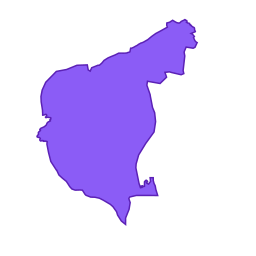 outline of Sakaba, Kebbi, Nigeria, rotated 75°
{"feature_id": "59680162B48034518845808", "entity_name": "Sakaba", "entity_type": "district", "adm_level": 2, "iso_a3": "NGA", "parent_name": "Nigeria", "parent_adm1": "Kebbi", "projection": "robinson", "projection_center": [5.532, 11.176], "detail": "fine", "context": "isolated", "style": "filled", "palette": "violet", "viewbox_px": 256, "rotation_deg": 75, "n_neighbors": 0, "source": "geoboundaries", "source_scale": "gbopen_adm2", "svg_char_len": 3426}
<svg xmlns="http://www.w3.org/2000/svg" viewBox="0 0 256 256"><g transform="rotate(75 128 128)"><path d="M35.5,57.0L36.6,60.5L36.6,63.3L38.7,64.0L40.8,63.9L42.9,72.3L43.9,76.7L45.7,81.5L47.8,86.1L49.1,91.0L49.3,92.7L49.3,93.9L49.6,94.7L49.9,96.2L50.5,97.5L50.9,99.4L51.5,101.7L51.8,103.5L51.8,104.2L51.6,104.8L54.9,106.4L55.1,107.2L55.0,108.3L55.2,109.5L55.1,110.5L54.9,111.5L54.4,113.6L54.1,114.5L53.3,117.7L54.1,121.6L54.6,125.6L55.1,129.1L56.5,133.6L58.6,136.6L60.0,139.5L59.6,140.7L60.4,147.5L63.3,149.8L61.6,151.4L56.5,151.0L54.2,161.1L55.6,172.2L55.1,178.6L54.8,182.6L57.5,187.1L58.9,189.5L62.5,195.6L69.2,201.1L74.4,203.6L75.0,203.9L80.3,205.1L85.3,205.6L88.8,206.0L90.5,206.4L91.7,206.6L93.4,207.1L93.5,207.1L93.7,205.9L93.5,204.7L93.5,203.9L93.8,203.4L94.4,203.2L95.0,203.3L95.3,203.9L96.0,204.5L96.2,204.9L96.6,204.8L96.8,204.3L96.8,203.6L96.8,203.2L96.8,202.7L97.2,202.0L97.4,201.6L97.5,201.4L97.8,200.8L97.8,200.5L98.0,200.1L98.4,199.9L99.1,200.2L99.7,200.5L99.8,200.9L100.0,201.4L100.5,201.2L101.0,201.1L101.2,201.6L101.4,203.1L101.7,204.0L102.3,204.9L104.0,206.2L105.1,208.5L105.6,211.4L105.6,211.9L105.7,212.2L106.0,212.8L106.4,213.1L106.5,213.5L106.9,213.6L107.2,213.4L107.4,213.1L107.8,213.3L108.0,213.8L108.4,214.4L108.7,215.2L109.1,215.7L109.6,215.9L110.3,216.0L110.8,216.0L111.3,216.5L111.6,217.2L111.9,217.6L112.4,217.7L112.7,218.1L113.0,218.1L113.7,217.4L113.8,217.3L114.0,216.8L114.0,216.6L114.1,216.2L114.4,216.0L114.8,215.7L115.4,215.4L115.9,215.8L116.3,216.1L116.7,216.3L117.1,216.2L117.6,216.0L117.8,215.8L118.0,215.6L117.9,215.1L118.0,214.8L117.8,214.5L117.8,214.4L117.8,214.2L118.1,213.9L118.3,213.4L118.4,212.9L118.7,212.9L118.9,213.1L119.1,212.8L119.2,212.2L119.1,211.7L119.3,211.1L119.5,211.0L119.6,210.9L119.8,210.5L119.8,210.3L119.8,210.0L120.3,209.6L122.6,210.5L131.1,211.1L140.4,211.2L150.3,208.0L150.3,207.8L155.5,206.9L159.4,204.4L163.6,201.4L166.2,200.5L169.7,199.4L172.4,198.0L174.3,195.2L174.4,194.9L175.4,190.6L176.1,188.6L176.3,188.1L180.9,186.7L182.1,186.0L185.1,181.9L186.3,177.9L188.4,173.8L191.2,170.7L197.1,164.9L200.1,162.9L206.0,160.7L209.4,160.6L213.9,159.2L216.1,158.5L217.9,157.2L220.5,155.3L214.3,153.6L206.8,148.0L200.6,145.2L196.4,145.5L195.1,144.2L195.3,137.4L199.0,123.6L200.9,116.8L194.4,117.0L191.1,116.7L190.3,116.8L188.4,117.2L186.7,117.2L185.4,117.2L182.5,116.5L181.7,119.5L185.6,120.1L186.2,121.1L187.4,122.4L187.5,122.8L186.1,124.2L185.2,124.3L185.0,123.0L184.4,123.0L183.3,123.6L183.2,124.5L184.2,126.0L188.6,127.2L188.6,128.8L187.6,128.8L187.5,130.1L189.0,130.0L188.9,131.4L184.4,131.7L168.3,130.7L168.2,130.6L164.7,129.4L159.7,126.4L156.8,124.7L147.5,114.9L138.6,103.9L129.0,99.7L120.1,98.3L114.5,99.0L103.2,98.2L101.4,98.0L91.5,98.7L87.9,97.1L93.3,85.5L88.9,77.6L83.8,77.9L84.5,73.4L85.7,71.5L90.3,62.9L89.9,60.0L86.8,59.9L73.1,54.5L69.5,54.2L68.5,53.7L64.9,50.9L67.8,44.4L67.4,42.4L63.4,39.1L62.8,39.8L60.9,40.8L57.6,41.3L56.8,40.2L54.1,41.4L53.0,42.6L52.4,38.1L52.0,37.9L51.5,38.1L50.9,38.3L50.3,38.2L49.6,38.1L49.1,38.0L48.4,38.0L47.7,38.5L47.2,39.2L46.8,39.5L46.4,39.9L45.8,40.2L45.4,40.3L45.4,40.6L44.8,41.0L44.6,41.2L44.3,41.0L43.7,41.6L43.4,41.6L42.9,41.5L42.3,42.5L42.0,43.2L41.8,43.5L41.5,43.6L41.3,43.8L41.1,44.0L40.9,43.5L40.4,43.5L39.9,43.4L39.4,43.5L39.0,44.1L39.0,44.4L38.6,44.6L38.4,44.6L38.0,45.0L38.3,46.0L38.8,48.9L39.3,49.8L39.9,50.9L39.7,52.0L38.9,53.6L37.6,55.0L35.5,57.0Z" fill="#8b5cf6" stroke="#5b21b6" stroke-width="1.5"/></g></svg>